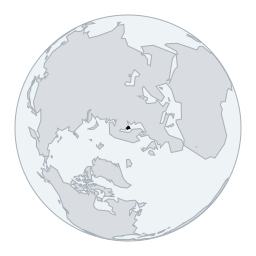 Satakunta on an orthographic globe, rotated 240°
{"feature_id": "FIN-3192", "entity_name": "Satakunta", "entity_type": "Region", "adm_level": 1, "iso_a3": "FIN", "parent_name": "Finland", "parent_adm1": "", "projection": "orthographic", "projection_center": [22.046, 61.595], "detail": "medium", "context": "on_globe", "style": "filled", "palette": "ink", "viewbox_px": 256, "rotation_deg": 240, "n_neighbors": 0, "source": "natural_earth", "source_scale": "10m", "svg_char_len": 10999}
<svg xmlns="http://www.w3.org/2000/svg" viewBox="0 0 256 256"><g transform="rotate(240 128 128)"><circle cx="128" cy="128" r="113" fill="#eef3f6" stroke="#a8b0b8"/><path d="M17.3,107.0L18.3,102.8L19.0,100.0L19.1,99.3L22.3,89.1L24.7,83.4L41.0,56.5L44.0,53.0L46.2,50.9L62.5,38.4L50.4,46.6L54.7,42.8L60.1,38.8L59.5,39.6L66.5,35.8L71.8,32.7L80.5,30.4L86.8,32.8L83.6,33.7L85.5,34.4L89.6,33.4L91.9,32.5L103.9,34.7L117.7,33.8L121.7,31.5L121.1,33.8L128.5,28.2L135.8,27.2L127.8,29.6L127.1,31.0L132.1,30.8L132.5,32.2L135.1,33.0L135.1,34.7L130.4,36.2L130.4,37.4L133.9,37.2L136.2,39.0L131.0,39.0L134.4,42.1L127.1,45.6L113.2,44.8L109.3,48.8L95.3,53.6L96.7,54.8L92.3,57.6L92.3,60.2L89.7,60.5L91.9,62.3L94.3,61.5L96.1,62.1L96.3,63.5L93.0,64.2L92.4,63.5L91.6,64.5L89.8,64.2L90.8,65.2L86.8,65.9L91.1,67.4L88.1,69.8L85.4,69.7L85.3,66.8L78.9,59.8L76.1,59.1L72.2,60.8L65.6,70.0L62.7,70.5L59.0,73.4L60.7,74.3L64.3,72.5L66.6,75.1L70.6,72.8L72.2,73.6L76.5,72.4L76.2,75.8L73.5,79.7L69.9,80.9L68.7,82.7L72.3,84.3L65.9,89.3L62.2,97.6L60.5,98.6L56.6,95.5L56.0,88.5L51.0,85.2L54.5,90.7L50.2,93.5L49.7,95.4L50.1,97.3L51.8,97.6L50.4,99.3L46.4,94.3L47.7,92.7L48.9,94.2L48.6,91.0L45.8,88.0L43.9,89.8L41.8,83.8L40.4,85.1L39.2,84.6L41.6,83.0L37.2,85.9L34.5,80.5L28.5,85.9L34.1,77.9L35.8,73.8L37.5,69.5L36.5,70.2L40.0,63.9L40.9,60.1L37.8,61.9L33.8,66.8L30.2,73.4L30.7,73.7L29.0,78.2L26.8,79.2L23.3,88.4L21.7,91.1L20.2,95.5L19.2,99.4L18.0,104.8L18.3,105.9L18.2,110.0L17.0,113.2L18.0,113.3L17.3,117.8L17.9,128.3L17.6,128.2L18.0,140.9L20.4,152.4L20.9,156.9L20.4,157.2L21.7,161.0L21.8,162.0L28.6,177.1L33.7,186.4L34.5,189.4L32.3,187.3L32.6,187.9L28.4,180.6L24.7,173.0L21.7,165.1L19.2,157.1L17.3,148.9L16.1,140.6L15.4,132.2L15.4,123.7L16.1,115.4L17.3,107.0ZM26.9,87.0L23.0,99.3L23.6,93.9L23.8,94.6L25.1,91.1L27.1,85.5L28.1,81.1L26.9,87.0ZM28.8,88.8L29.3,86.9L29.0,88.6L28.8,88.8ZM92.8,32.0L89.7,33.2L85.8,33.7L88.4,32.5L92.8,32.0ZM100.2,31.6L98.8,32.5L96.9,31.4L98.3,31.3L100.2,31.6ZM124.5,29.6L121.9,29.9L124.3,29.2L124.5,29.6ZM135.5,32.8L136.1,32.3L137.2,33.0L135.5,32.8ZM76.4,70.7L76.4,71.5L75.6,71.3L76.4,70.7ZM78.2,69.4L77.2,68.6L77.9,67.8L78.5,68.4L78.2,69.4ZM138.3,36.2L139.9,37.4L137.4,36.4L138.3,36.2ZM79.3,70.7L79.3,66.7L80.6,65.5L84.0,66.6L79.3,70.7ZM140.2,38.3L144.1,41.5L145.9,40.6L143.2,45.0L140.8,40.8L137.5,39.6L139.8,39.4L140.2,38.3ZM95.0,60.6L92.4,61.5L94.3,59.5L95.0,60.6ZM95.7,59.2L99.0,52.3L102.9,51.9L101.0,54.2L105.8,52.7L106.0,55.8L103.5,57.4L100.9,57.0L103.0,58.5L95.7,59.2ZM141.1,47.0L141.3,48.1L140.1,47.3L141.1,47.0ZM96.9,62.1L97.3,60.7L100.6,60.2L100.6,62.9L99.5,62.2L96.9,62.1ZM106.9,50.8L109.4,50.9L110.3,53.5L111.4,53.9L106.4,55.8L106.9,50.8ZM98.8,63.1L100.5,64.4L99.1,66.0L96.8,63.5L98.8,63.1ZM101.5,59.0L103.1,58.9L102.2,59.8L101.5,59.0ZM95.1,72.6L95.4,70.8L97.2,70.4L95.1,72.6ZM101.1,64.7L101.6,64.2L102.3,63.8L103.1,65.0L101.1,64.7ZM107.3,57.6L107.2,58.6L109.4,56.9L110.2,58.8L106.7,59.8L108.5,60.2L108.8,60.8L105.7,60.9L107.3,57.6ZM106.1,65.2L101.9,67.2L100.9,70.5L99.3,71.0L101.2,65.5L106.1,65.2ZM106.1,62.6L105.7,64.3L103.9,64.0L103.1,62.6L106.1,62.6ZM112.0,59.8L111.7,56.6L112.5,56.5L112.0,59.8ZM106.1,66.2L107.1,65.7L106.3,66.4L106.1,66.2ZM110.6,61.8L110.4,60.7L111.2,60.6L110.6,61.8ZM109.3,65.7L108.0,66.3L107.3,65.4L109.3,65.7ZM110.2,64.0L111.4,64.1L107.9,64.7L109.9,63.4L110.2,64.0ZM111.4,61.9L111.9,61.5L111.4,62.4L111.4,61.9ZM112.4,68.8L108.2,69.7L106.8,67.7L111.1,67.1L112.4,68.8ZM117.5,240.1L116.1,240.0L108.5,236.7L111.9,235.0L110.9,232.8L102.2,225.5L104.1,221.8L101.7,219.5L96.8,218.9L93.9,216.0L90.9,215.1L71.8,209.5L65.9,203.4L58.5,188.1L61.8,185.4L62.2,179.5L85.1,167.7L90.2,171.0L108.6,172.4L110.9,173.6L109.0,178.8L123.0,186.5L127.2,182.2L139.6,184.9L147.6,183.6L150.0,173.1L136.8,175.1L134.3,170.2L144.6,164.3L156.2,162.4L155.5,160.4L148.0,157.4L150.4,152.9L145.4,156.0L147.6,157.8L144.5,159.9L142.3,158.4L143.2,156.8L139.7,156.4L136.1,164.4L138.0,167.0L128.9,169.0L131.1,173.7L128.7,175.9L124.0,168.9L124.3,166.2L115.8,157.9L114.7,160.9L122.6,169.0L120.3,168.3L118.8,172.7L118.0,168.9L109.7,159.5L101.3,159.9L91.0,168.5L86.0,167.7L81.7,163.8L85.1,153.2L95.8,156.1L97.1,152.7L94.7,146.2L98.1,147.7L98.4,145.5L102.5,146.3L107.8,142.0L111.9,142.1L113.7,135.3L116.0,134.5L114.3,138.7L115.2,141.8L125.3,142.0L127.1,140.6L127.5,136.2L130.2,136.9L129.3,132.7L134.9,130.7L127.3,129.7L127.5,124.9L130.8,121.0L129.5,119.3L124.2,125.6L123.4,128.3L124.8,130.9L121.3,138.5L117.9,139.5L116.4,131.1L111.4,131.8L112.5,125.2L126.1,111.8L131.9,109.1L142.1,114.4L140.9,117.7L136.6,117.4L140.8,122.1L140.4,119.6L142.6,120.3L143.4,116.0L145.0,116.3L143.0,111.8L145.1,111.7L146.4,114.6L149.3,108.4L153.6,107.2L153.5,105.7L152.2,104.4L158.5,103.7L158.1,102.7L155.9,102.5L153.7,100.2L152.4,96.1L154.6,96.1L155.4,97.6L160.5,100.8L162.3,104.9L163.1,104.5L162.1,101.0L155.9,97.0L154.4,94.6L157.6,96.0L156.3,95.3L156.3,94.0L158.4,92.9L155.0,91.2L151.8,78.5L155.5,75.2L158.7,77.7L158.8,69.4L163.0,66.7L161.0,66.4L159.6,62.5L158.3,63.3L157.2,62.9L153.2,53.6L154.0,51.6L150.0,47.7L148.9,47.6L148.1,48.9L143.2,45.0L145.9,40.6L148.1,41.0L148.3,38.1L153.4,39.4L157.7,39.4L163.2,42.7L166.1,42.5L165.8,41.4L169.6,40.4L178.3,42.5L172.5,45.6L159.7,44.3L165.0,45.1L164.2,46.4L166.3,47.6L170.0,48.2L170.3,47.3L178.1,56.4L187.8,61.8L186.3,57.5L188.1,55.9L197.8,59.1L211.4,73.4L214.1,72.2L216.1,73.4L218.0,77.3L215.1,75.6L214.5,77.8L212.5,76.3L214.6,82.3L211.9,80.4L214.8,86.1L216.8,86.0L216.0,81.3L219.7,87.3L222.4,85.4L225.8,88.0L231.6,101.1L232.9,110.5L233.6,112.0L232.4,113.8L233.4,119.9L237.4,120.1L238.2,122.0L238.6,131.7L238.1,130.6L235.2,135.5L236.4,141.1L238.7,138.4L239.6,140.3L238.6,143.7L237.5,142.4L236.4,144.0L235.4,139.7L232.1,136.7L231.0,142.4L229.9,139.9L225.2,139.5L222.9,147.4L220.1,163.4L221.8,170.3L219.9,176.2L212.7,172.5L209.0,167.1L206.7,170.3L199.1,169.0L186.7,177.5L184.7,176.3L182.4,178.8L177.0,179.2L173.8,176.7L170.7,178.4L179.1,184.8L182.4,182.8L184.9,177.5L186.6,180.2L191.8,180.1L187.0,191.3L168.2,206.3L166.0,201.3L149.7,188.1L149.9,185.9L149.8,185.7L149.6,185.3L148.5,189.0L145.6,185.9L154.7,196.7L156.4,201.4L167.9,206.7L166.9,207.9L170.5,208.3L181.5,201.5L181.7,203.3L176.7,213.1L161.1,226.7L163.0,230.4L161.5,233.4L151.4,237.1L151.8,237.9L146.5,239.0L146.0,239.2L136.5,240.3L127.0,240.6L117.5,240.1ZM77.6,176.8L77.1,178.6L77.6,176.8ZM168.7,165.2L175.4,162.6L171.7,157.2L173.9,155.9L171.9,154.6L171.4,156.9L166.2,153.0L168.8,149.7L167.7,147.0L165.4,147.7L161.4,154.5L168.8,159.9L167.6,163.3L168.7,165.2ZM18.0,128.6L17.9,130.5L17.7,128.8L18.0,128.6ZM22.9,94.3L22.4,96.5L21.9,98.0L22.1,96.5L22.9,94.3ZM21.2,112.4L21.1,115.1L20.9,112.8L21.2,112.4ZM22.5,101.2L21.3,110.3L20.8,106.1L21.8,100.5L21.6,103.7L22.5,101.2ZM27.3,89.4L26.8,90.9L26.4,91.0L27.3,89.4ZM28.5,90.1L28.6,89.6L29.1,88.6L28.5,90.1ZM50.5,93.7L50.8,94.2L50.8,96.2L50.0,95.6L50.5,93.7ZM55.7,103.9L53.3,106.5L54.4,104.1L52.9,103.6L53.3,98.1L59.6,98.9L56.7,99.4L55.7,103.9ZM55.7,91.2L54.7,94.4L55.5,90.9L55.7,91.2ZM96.2,133.3L97.6,135.2L96.2,137.5L91.1,137.8L93.1,134.4L96.2,133.3ZM100.0,137.5L100.0,129.3L103.2,129.0L101.4,130.5L103.5,131.1L101.2,133.8L104.3,141.6L103.2,144.2L94.3,143.0L97.8,141.9L96.2,140.0L100.0,137.5ZM94.3,110.6L94.3,107.4L101.2,110.7L100.4,113.2L95.2,113.6L93.2,110.7L94.3,110.6ZM85.1,73.7L84.7,72.6L85.6,72.4L86.7,73.2L85.1,73.7ZM95.1,71.8L88.0,78.5L87.1,77.5L84.0,82.9L80.5,82.4L82.7,78.9L77.6,82.6L78.2,79.3L75.0,82.2L80.2,74.5L80.5,71.8L81.5,75.0L84.6,75.4L86.1,74.8L90.5,71.2L92.7,65.8L96.2,65.5L98.1,66.8L98.1,68.1L95.8,67.8L97.5,69.7L94.2,70.3L95.1,71.8ZM118.3,84.0L115.6,82.8L118.4,87.4L115.1,87.7L115.6,88.3L113.4,89.9L111.5,92.8L110.0,92.4L109.9,93.7L108.4,94.9L107.8,96.5L104.9,96.6L103.9,98.7L103.1,97.5L102.2,101.1L101.5,98.5L99.5,99.8L101.2,101.7L86.7,98.7L81.2,99.7L76.9,102.1L76.4,97.5L80.0,92.4L85.6,87.9L91.0,87.7L89.8,85.7L92.0,85.0L92.1,86.9L93.3,83.7L95.2,83.7L100.2,80.2L100.9,75.8L102.7,74.4L103.4,76.2L104.8,73.7L107.3,76.0L108.7,75.2L112.5,76.8L113.0,80.7L114.5,79.5L117.5,80.7L118.3,84.0ZM113.4,69.4L114.8,73.8L113.6,76.2L107.4,72.5L105.8,72.9L101.7,70.8L103.5,67.4L104.5,68.3L105.9,68.4L104.8,69.4L106.7,68.7L108.1,69.9L110.0,69.7L109.9,71.2L113.4,69.4ZM113.4,171.8L115.2,172.2L117.9,172.2L117.1,175.0L113.4,171.8ZM107.6,165.5L109.2,165.4L109.3,169.2L107.4,168.8L107.6,165.5ZM110.0,162.1L109.3,165.1L108.5,163.3L110.0,162.1ZM115.8,138.4L117.4,138.0L117.7,139.0L116.8,140.5L115.8,138.4ZM125.8,98.4L124.5,97.1L124.9,96.5L123.9,92.7L126.3,92.3L127.8,94.4L125.8,98.4ZM147.9,175.3L145.6,177.7L144.3,177.0L145.4,176.3L147.9,175.3ZM130.6,177.1L134.6,178.2L130.4,177.9L130.6,177.1ZM128.2,97.2L127.5,95.7L129.1,96.4L128.2,97.2ZM128.0,91.8L129.8,92.3L126.5,91.8L128.0,91.8ZM179.7,226.1L171.2,232.0L166.2,233.9L165.8,233.7L169.2,230.9L175.2,227.9L178.3,225.4L179.7,226.1ZM239.1,146.4L238.6,148.9L235.4,151.3L236.6,147.9L239.5,142.0L239.4,143.5L239.9,141.1L239.9,141.3L239.1,146.4ZM240.5,133.4L240.5,133.0L240.5,130.2L240.6,127.8L239.4,112.8L239.3,110.7L240.0,115.9L240.6,124.6L240.5,133.4ZM222.2,170.4L224.5,171.8L223.3,174.2L222.2,170.4ZM237.8,105.2L239.0,111.4L237.5,104.8L237.8,105.2ZM236.2,100.3L236.7,101.2L236.4,101.6L236.2,100.3ZM234.7,113.6L234.6,116.5L234.1,115.8L233.8,111.7L234.7,113.6ZM228.5,90.4L230.5,92.8L231.3,94.1L230.2,93.9L228.5,90.4ZM147.3,92.3L146.1,98.0L146.8,102.0L149.6,104.1L145.1,103.7L144.0,97.5L147.3,92.3ZM151.0,80.1L148.5,78.5L149.9,77.7L150.7,78.0L151.0,80.1ZM149.3,80.2L145.7,81.1L144.5,79.2L147.6,78.9L149.3,80.2ZM137.0,89.1L136.4,90.7L135.1,90.1L137.0,89.1ZM237.2,100.5L237.3,101.0L238.1,104.4L236.0,96.3L236.2,96.6L237.2,100.5ZM236.4,98.3L237.2,101.4L236.1,97.3L236.4,98.3ZM237.1,101.4L236.6,100.4L236.3,98.6L237.1,101.4ZM236.1,97.0L235.1,94.3L235.4,94.6L236.1,97.0ZM235.3,98.3L235.5,96.2L236.1,100.8L233.6,96.8L233.1,94.4L235.3,98.3ZM216.5,69.2L215.2,68.7L214.1,66.4L215.3,67.4L216.5,69.2ZM209.2,58.9L213.3,65.7L216.4,71.4L216.6,70.4L219.5,73.2L217.9,73.9L213.9,68.6L212.0,64.5L209.4,62.6L206.6,59.1L203.7,58.0L201.7,56.2L203.7,55.9L209.2,58.9ZM202.5,57.7L196.4,55.1L195.3,51.7L196.4,51.5L199.7,54.1L200.0,55.7L202.5,57.7ZM194.6,53.5L194.9,55.2L186.5,55.8L184.5,55.1L190.3,52.5L190.9,54.0L193.1,54.5L194.6,53.5ZM142.4,47.8L141.4,48.1L141.9,47.2L142.4,47.8ZM156.5,63.4L155.1,62.7L155.7,61.7L156.5,63.4ZM151.6,60.4L151.9,62.0L150.6,60.3L151.6,60.4ZM152.7,65.7L151.5,62.6L154.0,65.6L152.7,65.7Z" fill="#d9dde1" stroke="#a8b0b8" stroke-width="1"/><path d="M127.4,129.1L127.5,129.0L127.4,129.0L127.4,128.9L127.5,128.9L127.4,128.9L127.5,128.8L127.5,128.7L127.5,128.4L127.4,128.4L127.6,128.3L127.4,128.2L127.5,128.2L127.6,127.9L127.5,127.7L127.4,127.5L127.4,127.4L127.4,127.2L127.5,127.2L127.9,127.2L128.0,127.2L128.3,127.0L128.4,126.8L128.5,126.7L128.7,126.9L128.7,127.1L128.5,127.3L128.6,127.5L128.6,127.8L128.6,128.0L128.6,128.3L128.5,128.5L128.8,128.7L128.9,128.8L128.8,129.0L128.7,129.0L128.8,129.0L128.7,129.1L128.5,129.3L128.2,129.3L127.9,129.3L127.9,129.2L127.7,129.1L127.4,129.1L127.4,129.1ZM127.4,128.8L127.4,128.7L127.4,128.8L127.4,128.8ZM127.5,127.9L127.5,128.0L127.5,127.9L127.5,127.9Z" fill="#0f172a" stroke="#020617" stroke-width="1.5"/></g></svg>